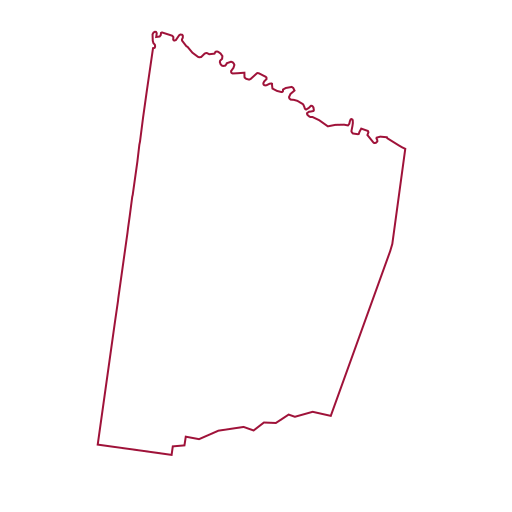 outline of Washington, Louisiana, United States of America, rotated 278°
{"feature_id": "52423323B43439565608947", "entity_name": "Washington", "entity_type": "district", "adm_level": 2, "iso_a3": "USA", "parent_name": "United States of America", "parent_adm1": "Louisiana", "projection": "albers", "projection_center": [-89.849, 30.835], "detail": "fine", "context": "isolated", "style": "outline", "palette": "rose", "viewbox_px": 512, "rotation_deg": 278, "n_neighbors": 0, "source": "geoboundaries", "source_scale": "gbopen_adm2", "svg_char_len": 2650}
<svg xmlns="http://www.w3.org/2000/svg" viewBox="0 0 512 512"><g transform="rotate(278 256 256)"><path d="M391.5,124.9L377.4,124.9L353.2,125.2L350.0,125.0L332.8,125.4L330.0,125.4L299.3,125.4L297.5,125.2L277.4,125.4L266.1,125.4L261.1,125.5L246.9,125.5L194.6,125.5L192.5,125.6L170.4,125.5L170.1,125.5L150.1,125.5L106.3,125.5L48.1,125.5L47.2,125.5L47.3,200.1L55.9,200.1L58.5,211.5L67.3,211.6L66.7,225.1L77.8,243.1L85.0,267.5L82.9,277.9L92.2,287.0L93.4,298.9L103.5,310.4L102.2,316.9L109.6,333.8L108.1,352.3L279.5,388.2L286.9,389.3L382.9,388.9L383.9,385.7L385.4,382.0L390.9,369.6L391.8,369.1L391.5,362.5L390.0,359.0L389.2,358.9L387.6,360.0L386.3,360.2L384.7,358.9L384.3,357.3L384.8,356.4L391.3,349.5L394.2,350.1L395.4,349.4L396.8,342.5L393.4,341.2L391.2,340.8L390.8,340.0L390.8,334.9L391.6,334.0L391.8,333.7L392.9,333.1L398.1,333.4L401.2,333.4L403.9,332.9L404.6,332.4L404.9,331.3L404.4,330.7L402.5,330.2L399.9,330.0L398.1,328.9L398.3,325.0L396.9,316.3L394.4,309.1L399.3,299.6L401.5,292.6L401.2,290.6L401.5,289.5L402.8,287.4L403.9,286.7L404.6,286.7L406.3,288.5L406.6,289.9L407.2,291.6L407.6,292.7L408.5,293.0L411.1,292.2L412.3,291.0L412.5,290.2L412.4,289.5L411.5,288.8L410.9,288.4L409.9,287.6L408.4,285.7L408.0,285.2L408.2,284.5L408.9,283.8L410.2,283.2L412.6,281.7L413.0,281.1L415.4,275.4L415.9,271.7L415.7,268.6L416.6,267.2L417.4,266.8L418.0,266.6L421.3,267.6L425.2,271.1L427.6,269.5L428.4,267.8L426.5,262.1L424.6,259.6L422.8,259.7L422.2,259.3L421.9,258.4L422.4,253.8L424.1,249.0L427.4,248.1L428.8,247.9L429.0,247.3L428.5,245.5L426.6,242.7L426.2,241.4L426.4,240.2L426.9,239.6L428.1,239.2L430.0,239.8L432.7,241.8L434.2,241.5L434.8,240.7L437.3,233.5L437.4,232.1L437.1,231.5L430.5,226.0L429.7,224.6L430.1,221.6L431.1,219.9L432.2,219.6L435.9,219.0L434.5,212.7L433.5,207.5L433.8,206.4L434.6,205.8L435.7,205.6L439.2,207.5L442.2,208.0L443.5,207.2L444.6,205.9L444.9,204.2L442.8,200.2L441.6,199.9L440.2,199.0L439.6,197.0L439.8,195.7L440.9,194.3L443.0,193.2L444.4,193.3L446.6,195.0L449.3,194.9L451.6,192.7L452.9,190.2L453.1,188.9L452.6,187.5L450.6,186.7L449.3,181.6L450.1,179.3L450.1,178.5L449.3,177.0L445.4,174.0L444.9,172.1L445.1,170.9L448.5,164.7L453.6,159.1L454.0,157.9L459.0,152.8L460.1,152.5L461.9,153.1L463.2,153.0L464.1,152.8L464.8,152.1L464.8,150.3L463.9,149.2L458.7,146.6L458.0,145.3L458.1,144.5L458.8,143.9L461.3,143.7L462.4,142.5L462.8,140.6L464.3,131.8L463.7,130.9L461.4,130.9L459.9,130.0L459.0,126.7L462.8,126.7L464.0,125.8L464.0,124.7L463.0,123.4L461.1,122.7L454.8,123.8L452.5,124.8L451.2,126.4L449.8,126.9L448.3,126.8L447.9,126.4L447.5,125.1L404.6,124.9L399.1,124.9L391.7,124.9L391.5,124.9Z" fill="none" stroke="#9f1239" stroke-width="2"/></g></svg>